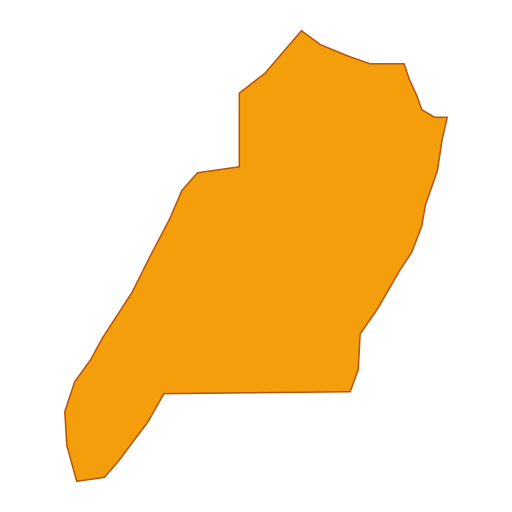 the district of Agios Georgios Kafkaliou, Nicosia, Cyprus
{"feature_id": "46923920B34200358221889", "entity_name": "Agios Georgios Kafkaliou", "entity_type": "district", "adm_level": 2, "iso_a3": "CYP", "parent_name": "Cyprus", "parent_adm1": "Nicosia", "projection": "orthographic", "projection_center": [33.003, 35.032], "detail": "fine", "context": "isolated", "style": "filled", "palette": "amber", "viewbox_px": 512, "rotation_deg": 0, "n_neighbors": 0, "source": "geoboundaries", "source_scale": "gbopen_adm2", "svg_char_len": 644}
<svg xmlns="http://www.w3.org/2000/svg" viewBox="0 0 512 512"><path d="M301.4,30.7L265.0,73.2L239.3,93.1L239.3,166.8L197.6,172.7L181.8,190.6L169.9,218.5L150.1,256.3L132.2,292.1L102.5,337.9L90.6,359.8L74.7,381.7L64.8,411.6L66.8,445.4L76.7,481.3L104.4,477.3L118.3,461.4L130.2,445.5L148.1,421.6L163.9,393.7L350.2,391.7L358.2,369.8L360.1,334.0L378.0,308.1L399.8,270.3L411.7,252.3L421.6,226.5L425.5,204.6L433.3,182.5L437.4,170.7L441.9,141.0L443.0,136.0L443.0,135.9L447.2,117.3L434.5,117.3L421.8,109.7L416.8,95.7L409.2,79.1L404.1,63.8L387.6,63.8L369.9,63.8L348.3,56.2L320.4,44.7L301.4,30.7Z" fill="#f59e0b" stroke="#b45309" stroke-width="1.5"/></svg>